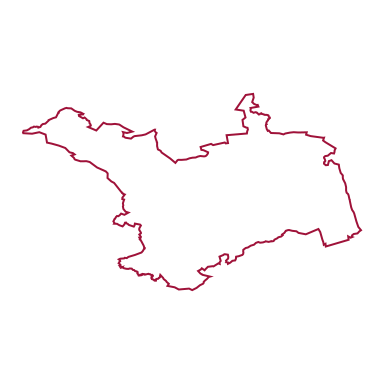 Laidu pag., Kuldigas, Latvia (Robinson projection)
{"feature_id": "27541924B42587812574717", "entity_name": "Laidu pag.", "entity_type": "district", "adm_level": 2, "iso_a3": "LVA", "parent_name": "Latvia", "parent_adm1": "Kuldigas", "projection": "robinson", "projection_center": [21.821, 56.751], "detail": "fine", "context": "isolated", "style": "outline", "palette": "rose", "viewbox_px": 384, "rotation_deg": 0, "n_neighbors": 0, "source": "geoboundaries", "source_scale": "gbopen_adm2", "svg_char_len": 6046}
<svg xmlns="http://www.w3.org/2000/svg" viewBox="0 0 384 384"><path d="M261.4,113.3L260.3,113.6L259.7,114.3L258.8,114.5L257.0,112.7L256.6,112.7L256.4,112.4L255.4,112.2L253.6,112.8L251.9,111.8L250.9,111.7L250.4,110.2L250.8,108.8L250.5,108.0L258.4,106.6L257.7,104.9L256.8,105.1L254.0,103.9L252.2,102.1L253.7,97.6L253.1,93.9L245.7,95.0L235.7,109.5L243.7,110.7L245.5,117.5L242.5,119.9L243.4,126.3L246.3,127.6L247.5,127.8L247.9,129.5L247.2,131.3L246.9,133.5L226.6,135.2L228.0,143.1L225.7,143.4L224.8,142.5L213.1,145.1L211.1,143.9L200.6,147.0L201.4,149.9L203.5,150.2L208.1,152.3L207.9,153.5L206.7,155.2L205.6,156.1L204.1,156.4L200.2,156.0L197.8,156.6L195.7,157.5L192.5,157.7L189.5,158.3L186.4,159.5L181.3,159.9L178.5,159.8L177.5,160.2L175.4,162.9L170.2,158.5L161.6,152.5L160.6,150.8L157.9,149.4L157.1,146.1L157.1,142.4L156.7,142.0L156.7,141.5L155.6,138.5L155.1,136.4L156.6,133.0L155.8,132.5L154.6,130.6L154.9,129.7L154.5,129.7L145.6,134.4L141.7,135.3L134.7,136.1L133.5,136.6L131.0,138.6L125.8,137.8L125.0,137.5L123.7,136.5L123.0,136.4L123.4,134.9L123.5,133.2L123.0,132.1L127.0,133.0L132.3,131.6L123.5,127.3L119.4,124.6L118.5,124.4L114.9,123.9L111.1,124.3L106.8,124.1L103.5,122.7L96.3,130.5L88.1,127.0L90.0,126.2L90.8,125.6L90.5,124.4L89.6,123.3L89.2,121.0L86.8,120.0L86.6,119.3L84.6,117.5L83.0,118.3L79.0,116.0L78.8,114.8L82.7,114.4L82.6,114.2L83.2,113.8L80.6,112.4L77.1,111.8L74.7,110.8L71.3,108.4L67.4,108.2L66.6,107.9L65.0,108.3L61.0,110.1L59.9,110.7L58.4,112.3L58.7,112.8L58.1,113.2L56.0,117.3L53.4,118.0L49.1,119.9L49.2,120.0L45.4,123.6L42.7,124.1L41.3,125.3L40.4,126.9L38.3,127.6L38.0,126.8L36.6,126.6L35.8,126.9L33.9,126.6L32.9,127.3L31.0,127.7L29.1,129.2L26.8,130.4L23.6,130.8L23.0,132.4L23.3,133.2L32.1,133.7L39.3,132.2L45.6,134.6L47.0,142.6L51.6,143.6L58.8,145.6L65.3,148.0L69.5,152.3L72.9,153.1L74.6,154.4L71.4,155.6L73.9,157.8L74.6,159.2L75.3,159.7L80.6,161.3L86.5,161.2L89.7,162.0L97.1,167.5L105.8,171.4L107.6,173.3L107.7,173.8L107.5,178.0L111.4,181.5L114.1,182.9L121.3,192.0L121.9,192.4L122.0,193.0L123.4,193.7L123.3,194.1L123.7,194.4L124.7,194.6L122.4,197.6L122.3,199.1L124.1,199.6L122.9,203.3L123.3,205.4L122.9,206.4L123.4,209.0L125.6,211.7L128.4,212.6L124.4,214.8L121.1,213.6L119.6,215.3L118.3,216.2L117.0,216.0L116.0,217.0L115.0,218.8L114.6,218.9L113.4,221.4L114.5,223.0L114.1,223.7L117.0,223.8L119.3,225.2L122.6,226.4L124.4,224.4L125.0,222.7L125.6,222.6L126.1,222.6L126.3,223.3L127.8,223.9L128.3,224.5L129.0,225.0L133.8,226.6L134.5,225.5L134.9,223.6L140.1,224.6L140.9,225.5L139.3,228.3L139.2,229.8L140.9,232.6L140.9,233.3L139.3,234.5L140.9,236.9L140.6,237.7L139.4,237.7L140.4,239.6L140.1,239.7L141.2,241.0L143.6,245.5L144.3,247.6L144.2,247.8L144.8,248.1L144.6,248.7L143.8,249.3L142.9,250.9L141.5,252.5L135.1,254.9L128.4,256.9L126.8,258.1L124.7,257.8L124.1,258.4L120.2,258.7L118.8,259.4L119.8,260.2L120.2,261.1L119.4,261.8L119.2,262.5L118.9,262.9L119.1,263.3L118.9,263.4L120.3,264.7L120.0,265.1L120.2,265.6L119.7,265.8L120.1,266.1L120.1,266.5L120.9,266.3L121.1,266.5L121.7,266.8L121.8,267.1L121.4,267.2L121.3,267.5L122.2,267.2L121.9,267.6L123.2,267.6L123.8,268.2L126.3,268.8L128.6,268.9L129.5,268.5L131.7,268.6L132.9,269.9L134.2,270.1L135.1,271.1L136.7,271.4L136.8,271.7L137.6,272.1L137.5,272.6L137.7,273.0L137.4,273.5L138.2,274.5L138.6,275.5L139.4,275.5L139.8,275.1L140.8,275.4L141.2,274.9L141.9,275.0L142.1,274.9L141.6,274.5L142.2,274.4L142.0,274.1L142.3,273.9L144.0,274.1L143.9,274.3L144.8,274.7L148.4,273.8L149.1,274.2L149.9,274.1L150.7,274.8L151.6,274.9L152.0,275.5L152.3,275.1L152.9,275.6L152.9,276.0L152.4,276.7L151.8,276.9L151.8,277.3L151.5,277.4L151.7,277.8L151.5,278.4L151.8,278.7L151.9,279.1L153.2,279.5L154.5,280.6L155.9,280.7L156.2,279.5L156.0,279.3L156.7,278.9L158.1,278.8L158.8,277.9L159.2,277.9L159.9,277.3L160.4,276.5L160.0,276.0L160.3,274.9L163.1,277.9L163.7,279.1L166.0,280.9L166.7,282.0L168.8,283.8L167.5,285.9L174.7,287.3L178.8,289.5L189.1,288.6L192.2,290.1L196.6,287.9L200.0,285.2L203.1,283.7L203.7,282.8L203.7,281.9L204.9,280.6L207.0,278.9L208.7,277.0L210.0,276.6L202.4,274.8L202.3,274.5L200.5,273.6L198.1,271.0L200.8,269.5L201.8,268.3L204.6,270.3L205.4,269.3L207.9,266.8L212.6,266.2L213.5,266.4L218.3,263.4L219.7,263.9L219.5,262.6L220.7,260.9L219.5,256.6L223.4,255.0L223.7,254.6L224.7,254.2L227.9,254.7L228.3,257.0L228.1,258.6L226.0,260.7L226.4,262.0L226.7,262.2L226.6,262.3L227.9,262.5L228.0,263.8L230.2,262.7L232.4,260.8L235.2,260.4L235.9,258.8L236.1,256.7L238.7,256.2L242.4,254.9L243.2,253.9L243.4,252.3L243.2,251.5L243.3,249.8L245.7,248.0L247.9,247.5L250.7,245.7L254.0,244.7L255.9,242.9L258.3,242.0L260.1,242.7L263.0,242.4L265.3,241.6L265.6,241.3L268.6,241.9L270.7,241.4L271.2,241.1L271.7,241.4L273.4,241.1L274.0,240.6L274.4,239.7L277.4,238.2L278.3,237.3L281.2,236.5L282.7,235.2L282.1,234.5L284.4,232.9L285.8,230.8L286.6,230.7L287.1,230.3L289.0,230.0L292.2,230.8L296.5,231.3L298.5,232.9L305.8,234.3L318.4,229.0L320.2,232.0L322.4,239.7L323.3,242.1L323.8,244.8L325.5,243.8L325.8,246.5L348.6,239.8L348.2,236.4L350.6,237.7L352.3,237.0L351.6,236.7L352.2,235.2L353.8,234.0L357.5,233.4L359.3,231.4L361.0,230.2L358.3,226.9L356.4,221.4L354.2,213.5L353.6,212.1L352.1,209.9L351.2,207.3L349.8,200.7L349.8,199.8L349.5,199.5L348.6,195.4L348.1,194.1L346.6,192.7L346.1,190.5L346.1,187.1L345.2,183.3L343.0,179.0L342.8,177.6L342.8,175.4L340.7,172.9L339.3,168.2L338.8,164.6L334.4,163.5L331.5,160.2L328.9,161.1L327.9,165.0L325.8,165.2L324.0,163.7L324.1,162.3L324.3,161.9L324.9,161.7L325.3,160.9L324.8,159.2L324.0,157.8L324.1,157.1L325.2,156.1L327.8,155.7L331.0,153.0L334.0,153.5L334.5,152.0L334.6,150.4L335.6,148.4L325.4,142.2L323.1,140.5L324.0,137.7L323.3,137.8L310.7,136.1L306.1,134.7L306.7,132.3L298.5,132.5L293.7,132.2L290.0,132.6L285.3,133.5L283.5,134.4L279.3,133.3L271.0,133.0L268.7,130.5L267.8,130.9L266.8,129.2L265.8,125.4L266.1,124.2L266.5,124.1L266.3,123.8L266.4,122.5L267.2,121.1L267.9,120.5L268.2,119.7L268.1,119.3L268.8,119.1L269.9,117.9L270.6,117.6L269.3,117.5L268.7,116.6L268.6,115.6L268.1,115.2L266.9,114.9L264.3,114.8L263.9,114.4L261.7,113.9L261.4,113.3Z" fill="none" stroke="#9f1239" stroke-width="2"/></svg>